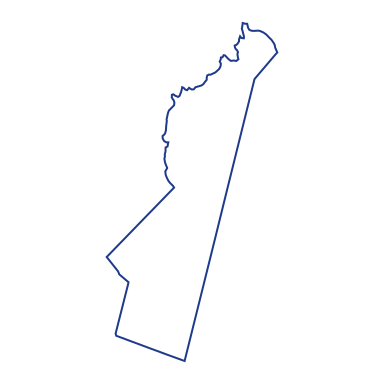 Vale do Paraíso, Rondônia, Brazil (Natural Earth projection)
{"feature_id": "56859067B34795168370619", "entity_name": "Vale do Paraíso", "entity_type": "district", "adm_level": 2, "iso_a3": "BRA", "parent_name": "Brazil", "parent_adm1": "Rondônia", "projection": "natural_earth1", "projection_center": [-62.069, -10.363], "detail": "fine", "context": "isolated", "style": "outline", "palette": "blue", "viewbox_px": 384, "rotation_deg": 0, "n_neighbors": 0, "source": "geoboundaries", "source_scale": "gbopen_adm2", "svg_char_len": 1711}
<svg xmlns="http://www.w3.org/2000/svg" viewBox="0 0 384 384"><path d="M106.7,257.0L118.1,271.4L119.3,274.4L128.5,282.2L128.1,284.2L115.6,333.6L116.3,335.8L132.7,341.9L141.6,345.2L150.2,348.4L166.7,354.5L184.6,361.0L214.4,241.3L225.9,194.6L254.5,79.1L275.6,54.3L277.3,52.5L276.1,49.7L275.3,48.0L274.7,44.9L273.5,42.7L271.4,39.7L269.4,37.8L266.4,34.6L263.6,32.6L261.1,31.4L258.9,30.7L257.2,30.7L253.7,30.9L251.3,30.7L249.2,29.7L248.0,27.5L247.2,23.8L245.0,23.7L242.7,23.0L242.4,25.8L241.8,28.7L242.4,30.4L244.0,36.7L243.8,38.3L241.4,38.0L240.1,36.3L239.1,39.1L239.0,41.4L237.6,43.7L236.3,44.9L234.7,45.5L234.9,47.3L235.6,48.8L237.0,50.2L238.0,52.1L237.4,54.0L237.8,56.7L238.4,59.3L236.2,61.0L233.9,60.5L230.9,60.9L228.6,59.2L225.0,55.4L223.6,55.2L222.5,57.3L220.9,57.5L220.8,59.2L219.7,61.6L220.8,63.4L220.7,65.6L220.0,67.5L219.1,69.0L216.2,71.7L214.9,72.7L213.3,73.4L210.5,74.7L208.7,74.7L207.3,75.4L206.7,77.6L206.7,79.8L204.9,82.0L203.3,84.2L201.4,85.5L198.7,86.3L195.5,87.2L193.8,89.3L192.0,89.5L190.6,88.9L189.1,87.8L187.1,90.2L185.2,89.5L183.6,87.8L182.2,87.2L181.8,89.1L181.3,91.4L179.6,95.8L178.1,96.9L175.4,95.8L173.3,94.3L171.9,94.8L171.8,97.4L172.7,99.0L173.7,100.3L174.4,102.6L174.1,105.2L171.8,107.6L168.9,110.5L167.9,113.3L167.3,116.1L166.6,119.3L166.8,121.1L166.5,123.5L166.2,125.8L166.0,129.3L165.8,130.9L165.1,133.3L164.2,134.6L162.6,136.0L162.7,138.5L164.2,141.1L166.2,142.3L168.3,142.3L167.8,144.9L167.5,146.5L165.6,147.5L165.5,151.6L164.8,154.3L164.9,156.6L164.4,158.6L165.0,162.4L166.0,165.1L167.2,168.0L166.1,170.0L165.3,171.4L165.6,174.4L166.3,176.5L167.2,178.5L168.5,181.0L170.1,183.0L173.0,185.9L174.1,187.6L169.5,192.3L106.7,257.0Z" fill="none" stroke="#1e3a8a" stroke-width="2"/></svg>